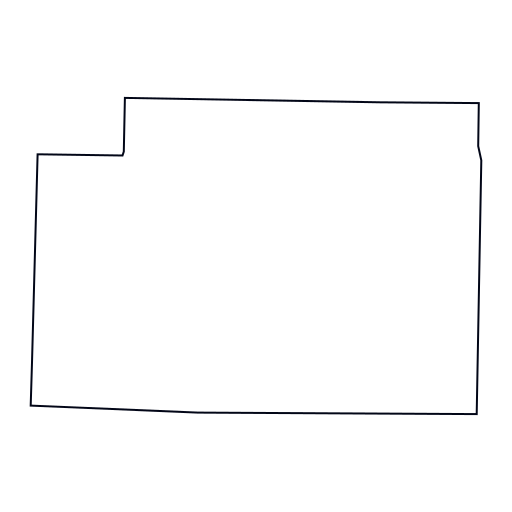 Monroe, Missouri, United States of America (Mercator projection)
{"feature_id": "52423323B99370817960855", "entity_name": "Monroe", "entity_type": "district", "adm_level": 2, "iso_a3": "USA", "parent_name": "United States of America", "parent_adm1": "Missouri", "projection": "mercator", "projection_center": [-92.062, 39.501], "detail": "fine", "context": "isolated", "style": "outline", "palette": "ink", "viewbox_px": 512, "rotation_deg": 0, "n_neighbors": 0, "source": "geoboundaries", "source_scale": "gbopen_adm2", "svg_char_len": 289}
<svg xmlns="http://www.w3.org/2000/svg" viewBox="0 0 512 512"><path d="M38.8,154.3L37.6,154.3L32.0,362.5L30.7,405.6L197.8,412.6L476.7,414.1L481.3,160.4L478.2,146.1L478.8,103.1L379.7,102.3L124.9,97.9L123.8,151.6L122.5,155.5L38.8,154.3Z" fill="none" stroke="#020617" stroke-width="2"/></svg>